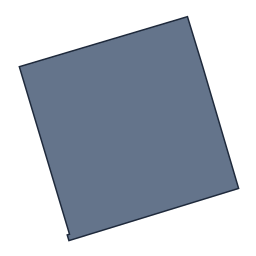 outline of Jones, Texas, United States of America, rotated 73°
{"feature_id": "52423323B81114604697536", "entity_name": "Jones", "entity_type": "district", "adm_level": 2, "iso_a3": "USA", "parent_name": "United States of America", "parent_adm1": "Texas", "projection": "orthographic", "projection_center": [-99.797, 32.737], "detail": "fine", "context": "isolated", "style": "filled", "palette": "slate", "viewbox_px": 256, "rotation_deg": 73, "n_neighbors": 0, "source": "geoboundaries", "source_scale": "gbopen_adm2", "svg_char_len": 259}
<svg xmlns="http://www.w3.org/2000/svg" viewBox="0 0 256 256"><g transform="rotate(73 128 128)"><path d="M218.1,39.9L91.2,38.6L38.9,38.6L37.6,214.0L212.5,215.0L212.5,217.4L218.4,217.4L218.1,39.9Z" fill="#64748b" stroke="#1e293b" stroke-width="1.5"/></g></svg>